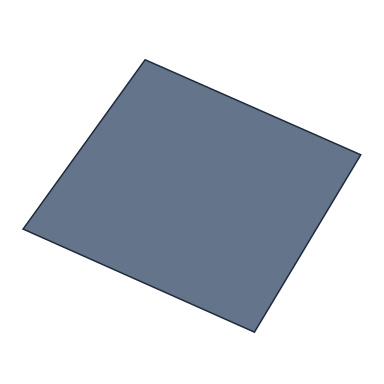 outline of City of Hamilton, rotated 31°
{"feature_id": "BMU-5134", "entity_name": "City of Hamilton", "entity_type": "state/province", "adm_level": 1, "iso_a3": "BMU", "parent_name": "Bermuda", "parent_adm1": "", "projection": "natural_earth1", "projection_center": [-64.788, 32.293], "detail": "fine", "context": "isolated", "style": "filled", "palette": "slate", "viewbox_px": 384, "rotation_deg": 31, "n_neighbors": 0, "source": "natural_earth", "source_scale": "10m", "svg_char_len": 227}
<svg xmlns="http://www.w3.org/2000/svg" viewBox="0 0 384 384"><g transform="rotate(31 192 192)"><path d="M317.7,280.0L66.3,310.8L83.7,102.8L317.5,73.2L317.7,280.0Z" fill="#64748b" stroke="#1e293b" stroke-width="1.5"/></g></svg>